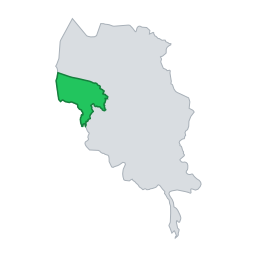 Afghanistan, with Kandahar highlighted, rotated 98°
{"feature_id": "AFG-1754", "entity_name": "Kandahar", "entity_type": "Province", "adm_level": 1, "iso_a3": "AFG", "parent_name": "Afghanistan", "parent_adm1": "", "projection": "orthographic", "projection_center": [66.2, 31.058], "detail": "fine", "context": "in_parent", "style": "filled", "palette": "green", "viewbox_px": 256, "rotation_deg": 98, "n_neighbors": 0, "source": "natural_earth", "source_scale": "10m", "svg_char_len": 7682}
<svg xmlns="http://www.w3.org/2000/svg" viewBox="0 0 256 256"><g transform="rotate(98 128 128)"><path d="M112.9,68.6L117.9,68.1L121.3,68.8L123.0,70.5L124.8,70.9L126.5,70.1L127.5,69.9L128.0,70.4L128.8,70.7L130.1,70.6L130.9,71.0L131.1,72.1L132.1,73.4L133.8,75.0L135.4,75.3L137.4,74.0L138.1,74.2L138.4,73.8L138.6,72.8L139.8,72.0L142.0,71.1L143.2,70.4L143.7,69.8L144.4,69.6L145.3,69.7L145.8,69.5L146.3,68.7L147.0,68.4L147.7,68.5L150.9,71.3L152.1,72.2L152.7,72.0L154.1,70.4L154.3,68.9L153.8,67.0L154.1,65.5L155.0,64.3L156.9,63.5L159.6,63.2L161.2,63.3L161.9,63.9L162.7,64.2L163.8,64.2L164.7,63.5L165.5,62.0L165.5,60.2L164.6,58.2L164.8,57.5L166.1,56.4L167.5,54.7L168.8,52.7L170.0,50.1L171.6,48.5L173.5,47.8L176.0,48.4L178.9,50.2L180.1,52.6L179.5,55.4L179.5,57.0L180.1,57.3L183.3,56.6L183.8,56.9L183.8,57.7L183.4,59.0L183.0,62.4L182.5,70.7L184.1,75.6L185.1,77.5L186.1,78.1L187.1,78.3L188.1,78.0L190.0,76.7L192.8,74.2L195.6,72.6L199.7,71.5L200.9,68.9L202.7,67.2L206.9,64.4L209.2,63.3L210.6,63.1L214.0,63.8L214.2,64.5L214.0,65.3L213.2,66.1L212.9,66.6L213.3,67.0L214.6,67.0L220.3,64.9L221.4,63.3L222.7,63.2L225.2,63.6L227.0,63.3L228.1,63.8L230.5,65.9L229.8,66.0L228.7,65.7L228.1,65.0L225.9,66.1L223.4,67.7L223.5,68.1L226.0,69.9L221.3,72.4L219.2,73.8L218.7,73.9L215.4,73.0L206.3,73.9L199.4,75.0L196.8,76.3L194.3,77.0L193.0,77.7L192.3,78.9L188.6,81.7L187.9,82.7L185.8,82.7L183.7,85.3L180.6,88.4L180.0,89.9L180.5,90.6L182.3,91.6L183.1,92.6L184.5,95.4L185.1,97.4L185.9,98.3L186.5,100.7L185.8,102.1L185.8,102.8L187.0,104.6L186.7,105.2L186.0,106.1L184.8,108.5L182.6,110.4L181.7,112.0L180.1,113.8L179.5,115.3L178.9,116.1L178.1,116.5L178.4,117.3L179.1,118.2L180.2,119.3L180.3,123.7L179.8,124.9L176.9,126.2L174.1,126.9L170.6,127.0L169.3,126.9L164.4,125.5L162.9,126.3L162.7,128.3L165.5,131.3L166.7,133.0L168.1,135.9L169.1,137.3L168.8,138.8L163.9,142.0L160.7,142.5L158.8,143.1L157.8,143.9L157.2,147.2L156.5,148.4L156.6,149.8L155.9,151.5L154.9,152.6L154.3,154.3L155.1,163.0L152.2,166.6L150.6,167.9L149.1,168.5L147.8,168.3L146.1,166.4L145.0,165.6L143.8,165.8L142.7,166.5L140.8,166.3L139.2,165.7L138.4,165.7L138.0,166.5L136.3,168.0L132.2,170.3L130.5,170.5L129.8,171.1L130.1,172.0L130.8,172.8L132.1,173.3L132.2,173.9L130.1,175.1L127.9,175.9L125.5,176.2L122.9,175.8L121.5,174.8L120.0,174.7L118.6,175.5L117.1,176.7L115.1,179.8L112.1,181.7L111.3,183.6L110.4,187.1L110.7,192.1L110.3,194.4L109.7,195.8L109.8,197.0L110.8,198.3L110.4,199.2L109.6,200.1L108.7,200.7L92.2,205.4L89.5,205.5L88.1,205.3L83.4,205.2L81.4,205.6L79.5,206.2L78.0,207.0L76.9,208.2L74.9,207.4L68.8,206.1L52.0,207.2L50.4,206.9L27.4,198.3L42.4,181.8L42.8,180.4L43.0,177.6L42.3,173.8L40.9,172.0L28.4,169.5L28.1,166.5L28.4,165.3L28.3,162.7L28.4,160.8L29.1,157.6L29.2,156.2L26.0,141.8L26.1,140.4L28.5,137.3L31.6,134.2L31.5,133.6L30.1,133.2L27.8,133.0L26.7,132.5L25.8,131.6L25.5,130.3L26.2,128.0L25.9,123.5L28.4,119.9L32.0,119.9L30.3,117.1L29.9,116.7L29.8,116.3L30.0,115.8L30.9,115.7L33.2,114.0L33.3,113.1L35.2,110.6L35.1,109.4L36.4,106.5L35.9,104.4L35.9,103.3L37.2,102.7L38.1,99.9L38.6,99.2L38.7,98.5L38.5,97.3L39.7,97.2L40.7,98.7L42.4,100.3L43.5,100.8L44.9,101.1L48.0,100.7L48.7,100.8L51.8,103.6L52.4,104.4L52.6,105.4L53.1,105.8L54.3,104.8L55.4,104.4L57.5,104.8L58.6,104.5L64.0,101.3L64.5,99.2L65.0,98.0L65.8,97.3L65.0,94.8L65.3,94.3L66.0,94.1L67.7,94.1L75.8,91.6L77.9,91.7L78.4,91.5L78.5,90.7L79.1,89.9L82.9,88.0L85.1,86.0L85.9,84.5L89.7,72.2L91.6,71.2L93.5,70.4L100.0,70.2L101.3,66.5L101.9,65.6L103.0,64.7L107.8,67.4L112.9,68.6Z" fill="#d9dde1" stroke="#a8b0b8" stroke-width="1"/><path d="M132.3,170.4L132.0,170.6L131.5,170.8L131.1,170.9L130.1,170.7L129.6,170.7L129.4,171.0L129.6,171.3L129.8,171.5L130.0,171.8L130.1,172.5L130.3,172.8L130.6,173.0L130.9,173.0L132.1,172.9L132.7,173.0L132.8,173.8L132.6,174.1L132.4,174.2L131.8,174.2L131.5,174.3L131.3,174.4L131.1,174.6L130.2,175.2L129.9,175.3L129.1,175.5L128.6,175.8L127.7,175.9L126.6,176.3L126.3,176.4L125.4,176.3L124.6,176.4L124.4,176.3L124.0,176.2L123.5,175.9L123.2,175.8L122.9,175.9L122.3,176.0L122.0,176.0L121.7,175.9L121.4,175.8L121.3,175.7L121.5,175.4L121.5,174.9L121.4,174.7L121.2,174.5L120.3,174.6L119.7,174.7L118.7,175.2L118.2,175.6L117.9,176.0L117.5,176.3L116.9,176.4L116.6,176.7L116.1,178.7L115.8,179.1L114.4,180.5L114.0,180.7L112.0,181.1L111.7,181.3L111.6,181.5L110.1,187.2L110.1,187.9L110.3,188.6L110.7,189.1L110.8,189.3L110.9,189.7L110.9,190.1L110.7,192.4L110.7,193.4L110.6,193.8L109.6,195.8L109.4,196.5L109.5,197.0L110.0,197.4L110.6,198.0L111.1,198.4L111.2,198.5L110.6,199.2L110.2,199.8L109.0,200.7L107.7,201.0L106.8,201.3L105.9,201.6L105.1,201.8L104.2,202.1L103.3,202.3L102.4,202.6L101.5,202.8L100.6,203.1L99.7,203.4L98.8,203.6L97.9,203.9L97.0,204.1L96.2,204.4L95.3,204.6L94.4,204.9L93.5,205.1L91.3,205.8L90.5,205.7L88.0,205.2L85.9,205.2L83.0,205.1L85.2,193.7L85.7,190.3L86.0,184.6L86.8,175.9L86.8,175.3L87.1,172.5L87.3,171.5L87.8,169.8L88.0,169.3L88.1,169.2L88.3,167.6L88.4,167.4L88.2,167.2L88.0,166.9L88.0,166.7L88.3,165.2L88.5,165.0L88.7,164.8L88.8,164.6L89.5,164.0L89.7,163.7L89.8,163.6L90.0,162.9L90.0,162.4L90.1,162.0L90.2,161.8L90.3,161.7L90.5,161.6L90.8,161.4L91.1,161.2L91.3,161.1L91.6,161.2L91.9,161.4L92.0,161.4L92.2,161.5L92.5,161.5L92.8,161.4L92.9,161.2L93.1,160.4L93.2,160.2L93.3,160.0L93.3,159.9L93.2,159.9L93.2,159.7L93.3,159.6L93.4,159.3L93.5,159.2L93.6,158.9L93.6,158.6L93.7,158.4L94.1,158.0L94.4,157.9L94.5,157.8L94.5,157.7L94.7,156.8L94.9,156.8L95.1,157.1L95.4,157.2L96.2,157.1L96.4,157.2L97.0,157.6L97.4,157.7L97.6,157.7L97.8,157.5L97.6,157.1L97.6,156.9L97.7,156.7L97.8,156.4L97.9,156.2L98.1,156.2L98.1,155.6L98.0,155.3L98.0,155.1L98.1,154.9L98.4,154.8L98.6,154.7L98.8,154.6L98.9,154.4L99.0,154.2L99.1,153.7L99.3,153.2L99.9,152.6L100.0,152.5L100.0,152.4L100.3,152.4L101.4,152.6L101.6,152.6L101.8,152.5L101.8,152.9L101.8,153.1L101.9,154.1L101.8,154.6L101.9,154.8L102.0,154.8L102.2,154.7L102.3,154.7L102.5,154.5L102.7,154.2L102.8,154.1L103.0,154.0L103.1,153.9L103.4,154.0L103.9,154.1L104.3,154.1L104.6,154.2L105.4,154.3L106.1,154.3L106.3,154.4L106.3,154.5L106.5,154.9L106.6,155.0L106.8,155.0L107.2,155.0L108.1,155.1L108.6,155.1L108.7,154.9L108.7,154.6L108.7,154.4L108.8,154.3L109.0,154.3L109.2,154.5L109.4,154.4L110.4,154.3L110.5,154.2L111.0,153.9L111.4,154.1L111.6,154.1L111.8,154.1L112.3,153.5L112.4,153.1L112.5,152.9L112.7,152.7L112.8,152.7L112.8,152.8L113.1,152.8L113.3,152.8L113.4,153.0L113.6,153.2L113.7,153.3L113.8,153.3L114.0,153.4L114.1,153.5L114.1,153.9L114.1,154.0L114.1,154.4L114.1,154.5L113.9,155.3L113.7,155.6L113.5,156.0L113.3,156.1L112.8,156.4L112.6,156.5L112.3,157.2L112.2,157.4L112.1,157.7L111.8,158.0L111.5,158.3L111.1,158.6L111.0,158.8L110.9,159.1L110.9,159.3L111.0,159.6L111.0,159.9L111.1,160.0L111.1,160.5L111.2,160.9L111.2,161.0L110.9,161.5L110.8,161.9L110.7,162.0L110.8,162.1L111.0,162.3L111.2,162.8L111.2,163.2L111.2,163.3L111.0,163.8L110.7,164.2L110.6,164.4L110.4,164.5L109.9,164.6L109.5,164.8L109.3,165.0L108.8,165.4L108.8,165.9L108.9,166.0L109.0,166.3L109.5,166.6L110.8,167.9L111.5,167.5L111.8,167.1L112.0,167.0L112.3,166.8L112.6,166.7L112.9,166.6L113.0,166.6L113.3,166.7L113.5,166.7L114.2,166.6L114.3,166.5L116.2,164.9L116.4,164.7L116.5,164.7L116.6,164.9L117.4,165.5L117.6,165.7L118.3,166.1L118.9,166.3L119.0,166.3L119.3,166.6L119.5,166.8L119.9,167.0L120.1,167.1L120.3,167.2L120.5,167.2L120.9,167.3L121.6,167.5L121.9,167.4L122.9,167.1L123.2,166.9L123.9,166.7L124.3,167.4L124.5,167.9L124.6,168.0L124.8,168.0L125.0,168.1L125.3,168.6L125.5,168.8L125.8,168.9L126.0,168.6L126.4,168.6L127.0,169.0L127.3,169.5L127.4,169.8L127.3,170.1L127.2,170.3L127.3,170.4L127.5,170.5L128.1,170.3L129.2,170.4L129.5,170.3L130.5,170.0L130.9,170.0L131.4,170.0L131.5,170.0L132.3,170.4L132.3,170.4Z" fill="#22c55e" stroke="#15803d" stroke-width="1.5"/></g></svg>